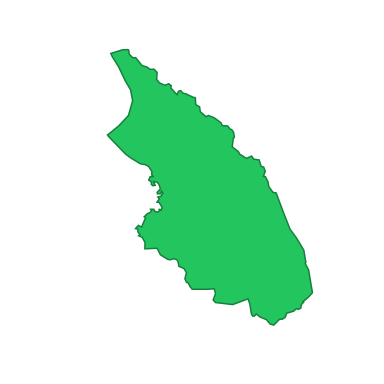 Añasco, Puerto Rico (Albers equal-area conic projection), rotated 51°
{"feature_id": "32010507B40456711023422", "entity_name": "Añasco", "entity_type": "district", "adm_level": 2, "iso_a3": "PRI", "parent_name": "Puerto Rico", "parent_adm1": "", "projection": "albers", "projection_center": [-67.133, 18.283], "detail": "fine", "context": "isolated", "style": "filled", "palette": "green", "viewbox_px": 384, "rotation_deg": 51, "n_neighbors": 0, "source": "geoboundaries", "source_scale": "gbopen_adm2", "svg_char_len": 2401}
<svg xmlns="http://www.w3.org/2000/svg" viewBox="0 0 384 384"><g transform="rotate(51 192 192)"><path d="M325.9,150.4L318.7,149.0L318.4,147.8L307.5,141.7L297.2,140.2L294.1,139.8L282.7,139.2L268.5,134.8L245.7,127.2L243.2,129.3L236.2,128.9L232.0,126.6L226.4,125.3L224.7,126.6L222.1,122.1L217.7,120.6L215.6,122.1L209.3,119.6L205.5,123.3L201.6,123.1L200.1,128.6L194.5,130.4L193.3,131.1L189.9,130.6L182.2,132.3L180.1,130.1L176.4,126.2L176.0,124.5L171.4,122.0L168.5,121.9L166.9,122.8L163.1,122.7L159.5,126.7L156.4,125.9L148.1,128.1L142.8,131.1L142.3,133.7L135.6,134.9L134.4,134.8L130.6,132.5L126.4,134.1L121.0,130.2L120.5,130.1L119.9,131.1L111.8,135.0L109.8,136.7L106.0,137.0L105.2,139.1L106.9,142.3L104.7,142.6L97.8,143.0L96.4,141.3L93.3,141.9L91.9,146.0L86.7,148.6L82.2,148.6L77.2,143.9L72.7,144.2L70.4,147.3L66.7,148.3L62.3,151.3L52.2,151.2L50.3,153.6L44.8,154.0L44.0,153.1L41.8,151.9L41.1,152.1L37.8,156.4L33.2,167.9L35.7,168.6L36.1,168.7L47.2,170.1L48.2,170.2L50.8,170.8L63.1,173.8L74.0,175.5L77.0,177.1L80.9,179.2L83.7,180.7L90.4,190.2L92.5,193.2L92.9,195.8L94.5,207.3L94.5,211.9L94.5,221.3L94.5,221.8L96.7,221.9L120.4,219.8L126.7,218.3L137.5,214.4L140.1,212.2L141.2,211.2L144.8,209.6L150.8,210.3L153.3,212.5L155.5,212.5L153.8,215.0L155.5,218.2L158.5,217.2L160.5,218.8L162.5,218.5L163.6,216.4L159.8,215.3L162.4,212.9L165.3,212.9L169.7,214.6L170.3,219.3L171.6,220.0L173.6,217.6L172.2,215.1L174.6,215.4L175.7,218.6L174.5,221.8L176.7,221.7L177.9,225.6L179.4,224.1L185.2,224.9L186.5,227.0L184.4,228.8L186.2,228.3L186.1,231.4L183.1,233.2L181.4,232.5L179.4,235.0L180.9,235.1L181.7,238.0L180.7,240.0L181.2,244.8L182.9,244.4L185.2,249.0L187.5,253.3L184.2,254.7L184.9,258.9L186.8,257.6L189.0,259.1L192.3,259.4L192.5,261.0L195.9,259.2L201.7,260.3L206.5,264.4L213.8,254.5L220.9,256.1L229.4,253.1L231.0,251.5L232.4,248.1L234.7,246.6L237.1,246.5L241.5,249.0L246.4,246.4L251.2,247.1L254.9,252.1L258.8,253.2L260.1,252.1L264.4,253.1L267.3,253.0L267.7,253.1L276.1,242.7L281.3,235.7L285.9,237.8L289.2,243.5L292.7,243.3L300.8,235.4L304.6,231.7L305.2,231.0L310.3,215.7L315.5,217.6L324.2,222.6L326.7,222.9L327.7,221.7L327.3,218.8L332.0,217.8L338.0,214.5L343.8,214.4L346.9,212.2L346.0,203.9L347.8,201.7L348.0,198.3L345.8,194.7L348.6,188.0L348.3,184.4L350.0,183.4L350.8,180.7L348.3,177.7L347.9,174.5L346.9,174.6L347.1,173.5L347.0,167.8L346.1,161.8L325.9,150.4Z" fill="#22c55e" stroke="#15803d" stroke-width="1.5"/></g></svg>